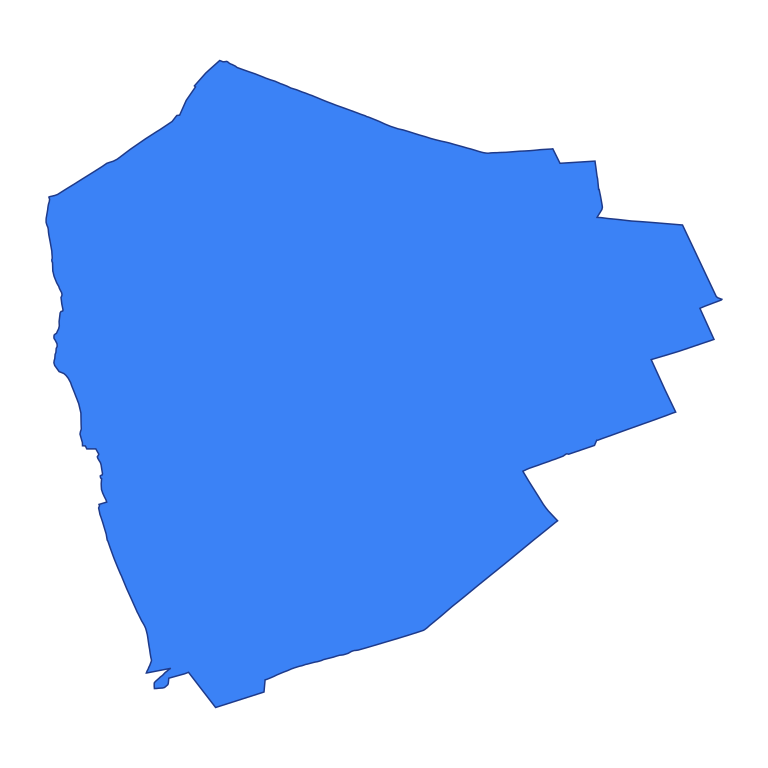 outline of Valea Seaca, Iasi, Romania
{"feature_id": "2599482B61041984506388", "entity_name": "Valea Seaca", "entity_type": "district", "adm_level": 2, "iso_a3": "ROU", "parent_name": "Romania", "parent_adm1": "Iasi", "projection": "natural_earth1", "projection_center": [26.653, 47.286], "detail": "fine", "context": "isolated", "style": "filled", "palette": "blue", "viewbox_px": 768, "rotation_deg": 0, "n_neighbors": 0, "source": "geoboundaries", "source_scale": "gbopen_adm2", "svg_char_len": 5865}
<svg xmlns="http://www.w3.org/2000/svg" viewBox="0 0 768 768"><path d="M154.4,688.6L155.0,688.6L155.5,688.5L156.6,688.5L158.2,688.3L159.3,688.2L162.6,688.0L164.5,687.5L165.0,687.1L165.5,686.7L167.8,684.7L168.2,683.7L168.3,683.1L168.5,681.3L168.6,680.4L168.8,678.2L184.6,673.8L188.5,672.3L197.8,684.4L215.6,707.5L264.0,692.0L265.1,679.8L266.7,679.4L269.2,678.4L271.6,677.4L274.1,676.3L276.9,674.9L280.0,673.6L283.6,672.1L287.4,670.7L291.9,668.7L292.9,668.4L293.9,668.0L297.7,666.8L299.6,666.2L301.7,665.8L303.8,665.1L305.7,664.4L307.4,664.1L309.6,663.5L313.4,662.5L315.0,662.1L317.4,661.7L319.9,661.0L321.5,660.5L323.5,659.6L326.3,658.9L329.5,658.1L333.5,657.1L336.5,656.1L338.0,655.7L339.3,655.3L339.9,655.2L341.2,655.1L343.0,654.9L345.1,654.3L346.7,653.8L348.2,653.3L349.9,652.3L351.1,651.6L352.3,651.1L353.6,650.7L354.4,650.5L356.0,650.4L357.2,650.2L358.1,650.1L365.9,647.9L383.1,642.8L399.2,638.0L409.3,634.9L420.5,631.3L423.5,630.3L424.8,629.5L427.2,627.7L429.7,625.4L435.3,620.8L442.4,614.9L452.0,606.6L463.7,597.2L478.0,585.4L505.6,563.1L534.5,539.3L542.9,532.6L553.0,524.4L555.2,522.6L557.6,520.8L548.2,510.8L545.6,507.5L543.3,504.3L538.7,496.9L528.8,481.2L523.0,471.5L522.9,471.2L523.7,470.8L525.1,470.2L526.4,469.5L527.9,468.9L529.2,468.3L530.4,467.9L532.1,467.3L534.7,466.4L537.4,465.5L542.0,463.8L546.9,462.1L549.0,461.4L552.0,460.2L555.4,459.1L557.9,458.1L559.6,457.5L561.3,456.8L563.0,456.2L565.0,454.8L566.0,454.1L566.7,453.8L567.9,454.0L568.7,454.2L594.5,445.4L596.7,440.2L597.8,440.2L602.3,438.5L611.9,435.1L627.3,429.5L643.0,423.9L649.3,421.7L660.0,417.8L666.9,415.3L672.6,413.1L675.7,412.1L665.0,389.8L651.2,359.6L673.0,353.1L678.9,351.3L714.0,339.4L699.9,308.3L704.9,306.2L721.5,299.9L721.9,299.3L717.9,297.8L716.3,296.6L705.2,273.1L693.0,247.2L682.5,225.0L652.4,222.5L640.8,221.6L631.3,221.0L618.3,219.5L607.9,218.5L601.0,217.6L597.1,217.4L597.6,216.4L600.0,212.6L601.9,209.5L602.4,207.2L602.0,204.5L600.5,196.1L599.8,192.8L599.4,190.7L599.1,189.4L598.6,189.4L598.6,189.0L597.9,181.9L597.6,178.8L597.0,176.1L596.6,173.0L595.9,167.5L595.4,164.1L595.0,161.1L560.0,163.3L552.8,148.8L551.6,149.0L542.7,149.5L539.8,149.7L538.4,149.9L534.4,150.3L529.7,150.7L524.4,151.0L519.6,151.2L514.5,151.6L511.0,151.9L506.2,152.3L502.8,152.4L499.5,152.5L496.8,152.7L494.8,152.7L492.2,152.8L490.7,152.9L488.5,153.2L487.6,153.2L486.4,153.1L485.0,152.9L483.2,152.6L481.2,152.1L478.7,151.4L475.2,150.3L470.9,149.0L467.0,148.0L463.3,146.9L454.2,144.4L449.5,143.0L446.6,142.3L444.4,141.8L441.5,141.2L435.8,139.8L430.6,138.4L425.4,136.7L418.7,134.8L408.0,131.4L405.0,130.5L403.0,129.9L400.2,129.3L397.9,128.8L396.2,128.2L390.7,126.4L384.8,124.0L379.2,121.4L370.1,117.7L368.3,117.0L366.9,116.7L365.3,115.8L360.6,114.2L357.8,113.1L356.2,112.5L347.2,109.2L336.0,105.2L332.2,103.7L327.4,101.9L321.7,99.6L317.2,97.7L314.5,96.6L312.2,95.6L309.5,94.7L305.5,93.1L301.9,91.9L296.7,89.8L293.4,88.8L290.8,88.0L289.4,87.3L287.0,86.1L282.2,84.2L280.3,83.6L278.9,82.9L277.0,82.1L275.0,81.2L270.1,79.7L267.4,78.7L265.9,78.2L263.6,77.2L260.8,76.1L256.5,74.4L255.3,73.9L248.8,71.7L242.9,69.6L237.1,67.5L236.3,66.9L235.5,66.2L234.1,65.5L232.1,64.5L230.7,64.0L229.4,63.3L227.7,61.9L226.7,61.4L225.4,61.6L223.8,61.8L222.7,61.7L221.3,61.1L219.7,60.5L209.5,69.6L205.7,73.1L194.4,85.9L195.5,86.9L186.2,100.4L182.1,109.6L179.6,115.2L178.2,115.3L176.8,115.5L175.5,117.1L172.1,121.5L159.7,129.8L156.7,131.6L145.5,138.8L130.3,149.3L117.2,159.2L113.3,161.2L110.1,162.2L106.8,163.3L102.2,166.5L90.3,174.0L82.9,178.6L73.2,184.7L67.8,188.0L63.8,190.5L57.5,194.5L54.4,195.6L53.3,195.8L52.3,196.1L51.3,196.3L49.9,196.6L48.9,197.1L49.0,197.3L49.0,197.5L49.6,199.3L49.3,201.6L48.6,203.8L48.5,204.1L48.0,206.8L47.8,208.5L47.7,209.5L47.2,212.5L47.1,213.0L46.5,216.5L46.2,218.1L46.1,219.7L46.1,221.3L46.1,222.3L46.8,224.8L47.4,226.3L47.9,227.4L48.3,229.6L48.4,231.1L48.5,232.4L48.9,235.2L49.6,238.9L50.2,242.0L51.0,246.6L51.3,248.3L51.8,251.0L52.0,254.5L52.2,256.9L52.2,258.5L51.8,259.8L51.9,261.0L52.1,261.9L52.5,262.3L52.6,264.8L52.8,271.1L53.2,272.5L53.5,273.9L54.1,276.4L55.5,279.9L56.7,282.8L58.0,285.2L58.7,286.3L59.4,288.4L60.6,290.8L61.6,292.6L62.0,294.5L61.8,295.8L61.0,297.5L61.4,300.6L61.8,304.0L62.5,307.3L63.0,310.0L62.7,311.0L61.0,311.5L60.1,313.0L60.0,314.1L59.1,321.5L59.3,326.0L58.6,328.8L57.4,331.2L56.5,333.3L55.3,334.0L54.1,335.1L53.9,337.1L54.1,338.6L55.1,340.0L57.0,343.7L57.2,346.4L56.2,348.4L55.9,352.5L55.1,354.4L54.8,358.5L54.2,360.5L53.9,362.8L54.7,365.5L57.3,369.1L59.1,371.6L61.9,372.7L64.0,373.6L66.0,375.4L68.2,378.2L70.6,382.6L71.6,385.6L74.2,392.0L76.0,396.7L76.9,398.9L77.7,401.1L78.7,403.6L80.9,413.0L81.1,424.3L81.3,429.1L80.4,431.8L80.0,434.1L81.4,439.2L82.4,442.6L82.5,445.8L83.5,445.8L85.4,446.0L86.8,448.9L95.8,448.9L96.8,450.6L98.1,453.0L98.5,453.4L98.7,454.6L97.3,456.8L97.8,458.3L99.0,460.4L100.4,462.6L101.1,464.9L101.7,468.9L102.5,473.6L102.4,474.2L102.3,474.8L101.1,475.3L100.7,475.6L100.3,475.8L100.3,476.6L100.6,477.8L100.8,478.2L101.6,478.6L101.2,483.7L101.3,486.4L101.5,489.5L102.7,493.1L104.3,496.6L106.0,499.9L106.7,502.1L99.0,504.4L99.5,505.8L98.6,508.0L99.3,511.1L99.6,512.6L99.9,514.2L100.2,515.1L100.5,515.9L101.0,517.3L102.6,522.1L104.3,527.8L106.2,534.1L107.2,540.1L107.9,541.2L110.2,547.9L113.1,555.9L114.5,559.6L117.8,567.7L120.4,573.8L121.5,576.0L122.2,577.8L126.7,588.7L131.6,599.5L134.0,604.9L135.5,608.2L137.3,612.3L138.0,613.5L141.6,620.8L143.7,624.3L144.7,626.2L145.7,628.5L146.4,631.0L147.3,634.6L147.8,637.6L148.5,642.6L149.1,646.5L149.6,649.3L150.1,653.0L150.8,657.2L151.5,660.1L151.3,661.3L150.9,662.3L150.4,663.7L149.7,665.6L148.8,667.3L148.1,669.2L147.2,670.8L146.7,672.0L146.3,673.0L146.6,673.0L170.8,668.3L168.8,669.5L167.0,671.1L165.1,672.6L162.5,675.4L160.3,677.0L159.1,678.2L157.4,679.7L155.7,681.2L154.4,682.6L154.2,683.6L154.2,683.8L154.2,686.0L154.2,686.3L154.4,688.6Z" fill="#3b82f6" stroke="#1e3a8a" stroke-width="1.5"/></svg>